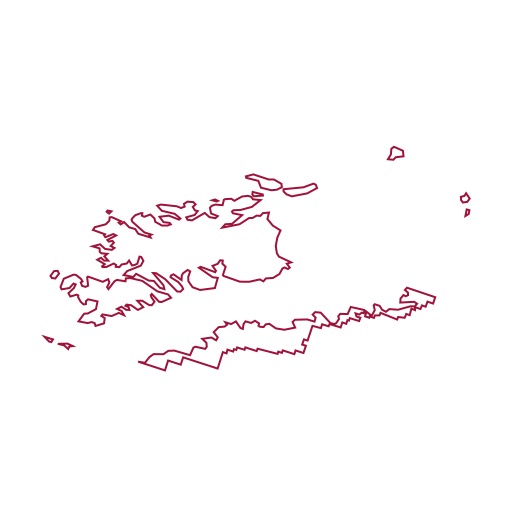 Kodiak Island, Alaska, United States of America (Equal Earth projection), rotated 198°
{"feature_id": "52423323B80008995120080", "entity_name": "Kodiak Island", "entity_type": "district", "adm_level": 2, "iso_a3": "USA", "parent_name": "United States of America", "parent_adm1": "Alaska", "projection": "equal_earth", "projection_center": [-153.82, 57.362], "detail": "fine", "context": "isolated", "style": "outline", "palette": "rose", "viewbox_px": 512, "rotation_deg": 198, "n_neighbors": 0, "source": "geoboundaries", "source_scale": "gbopen_adm2", "svg_char_len": 6149}
<svg xmlns="http://www.w3.org/2000/svg" viewBox="0 0 512 512"><g transform="rotate(198 256 256)"><path d="M221.6,253.5L220.3,255.4L224.3,258.2L220.6,260.8L234.0,262.5L237.0,265.1L240.3,271.6L241.4,280.0L240.6,287.9L249.4,290.1L256.6,294.7L257.1,301.3L262.7,298.9L264.2,295.5L267.9,294.6L270.9,291.2L274.4,289.9L281.5,281.1L296.9,272.5L295.0,276.7L288.7,279.2L281.8,290.6L291.0,289.5L292.6,290.8L291.7,292.5L285.1,294.9L275.1,301.4L268.9,310.6L276.4,309.0L279.0,310.8L282.3,310.7L287.6,308.3L293.7,301.8L297.1,302.8L303.0,300.5L303.9,299.6L303.5,294.0L310.4,292.4L313.7,290.0L314.7,287.6L311.9,282.6L304.7,282.1L306.3,279.4L312.2,278.6L318.1,281.1L327.9,270.1L332.3,269.3L334.3,271.2L327.0,276.1L325.3,280.7L328.2,280.5L331.3,283.2L329.4,286.4L332.2,287.9L338.0,286.5L340.6,283.3L339.1,280.9L342.1,278.5L346.8,278.8L362.4,275.5L365.5,273.3L359.5,269.9L346.3,271.0L339.5,268.3L340.4,266.8L351.4,267.4L359.9,263.5L354.4,259.6L348.4,260.8L346.8,259.8L349.6,257.6L354.9,255.9L362.4,257.4L364.2,260.4L369.3,262.8L374.4,258.8L377.0,259.1L377.3,261.6L378.5,261.3L383.4,257.5L385.2,253.8L385.6,252.1L384.1,250.3L369.3,243.9L362.1,244.0L363.7,242.5L362.0,241.0L374.8,240.8L379.2,244.3L385.5,244.1L391.9,247.5L394.5,244.2L396.9,245.3L395.0,247.3L405.2,248.4L407.1,247.5L406.4,244.2L408.7,239.7L418.2,233.6L419.1,230.4L406.3,230.0L406.9,228.8L405.1,227.3L398.5,232.8L395.4,232.3L402.3,225.3L400.5,224.2L397.2,226.0L395.3,224.8L397.3,220.6L393.1,219.9L395.0,217.3L401.7,216.1L407.9,218.9L414.4,214.7L407.1,214.9L405.9,211.7L403.9,210.8L398.1,212.1L400.1,208.8L395.1,205.9L399.1,204.7L402.8,206.4L405.8,203.4L397.3,201.5L399.2,198.6L398.5,198.0L394.9,199.3L389.0,204.9L386.2,204.2L386.1,202.4L382.5,203.2L381.2,206.4L376.6,208.9L375.3,212.5L371.0,208.7L368.6,210.0L366.5,212.0L366.6,219.4L364.8,219.6L361.6,216.6L362.6,211.2L373.8,201.9L376.0,197.0L366.2,198.1L364.5,202.0L350.4,199.5L345.5,200.7L337.6,196.1L332.9,196.2L335.0,199.6L348.6,208.0L345.7,208.8L335.2,205.9L320.1,197.9L316.8,198.7L315.1,202.1L316.9,204.1L321.8,207.2L330.7,209.4L330.9,211.1L328.8,213.1L319.4,210.2L320.6,214.4L320.1,217.0L316.7,221.6L313.8,221.0L314.0,215.2L312.5,211.1L306.7,206.7L298.7,206.4L285.2,212.8L285.6,223.4L290.6,222.4L306.7,227.2L305.3,228.6L289.8,228.0L289.5,229.5L294.3,233.2L290.1,236.6L288.7,240.9L286.2,241.4L285.6,238.3L281.6,236.4L281.6,227.8L280.7,227.0L263.4,226.6L254.5,229.4L245.1,234.9L241.1,234.2L239.7,237.7L233.0,240.4L228.1,246.2L227.0,252.2L225.4,253.9L221.6,253.5ZM102.6,272.5L103.9,269.7L100.2,268.2L99.3,265.7L101.2,264.0L103.7,264.4L105.4,260.2L104.4,256.3L91.4,261.3L88.1,260.4L89.5,257.0L93.4,256.0L104.3,248.8L112.8,246.7L115.2,243.1L119.6,243.9L123.0,246.8L128.2,246.8L128.8,245.4L126.3,241.2L127.5,234.9L136.4,238.1L150.1,236.8L150.9,229.1L158.0,227.0L159.1,224.1L157.6,221.7L159.1,216.7L160.6,215.5L164.5,215.2L176.9,222.1L182.4,220.9L184.0,217.8L180.2,215.7L180.1,211.7L187.6,211.5L199.3,207.4L200.8,204.5L196.6,200.0L206.3,194.6L214.8,193.3L222.4,195.6L225.7,193.9L226.8,190.8L230.4,189.9L232.1,190.4L232.2,192.8L236.9,194.1L240.0,190.8L245.8,190.6L246.8,187.4L246.0,182.6L248.5,182.7L254.9,187.6L258.6,183.6L264.7,183.5L262.3,181.7L264.0,179.2L269.5,176.8L272.7,170.5L267.2,166.8L267.9,163.5L273.2,164.7L281.5,160.6L276.3,158.1L274.8,154.5L275.6,152.0L285.6,151.0L287.2,149.5L288.1,141.3L304.4,140.8L310.1,138.7L313.7,134.0L323.1,131.0L326.1,127.0L328.6,120.1L335.5,119.1L307.2,119.1L307.3,129.4L294.0,129.4L294.0,137.1L257.7,137.1L257.8,154.3L253.9,154.3L254.2,158.1L248.2,158.1L248.2,160.6L245.7,160.6L245.7,163.2L237.9,163.3L237.9,165.8L226.0,165.8L225.9,168.3L205.2,169.6L205.3,171.9L201.4,171.9L201.4,174.5L189.2,174.5L189.2,178.4L180.9,178.4L180.8,186.1L184.7,186.0L184.6,191.5L180.8,191.5L180.7,207.0L172.0,207.5L172.0,211.5L165.2,211.6L165.0,214.0L153.4,214.2L153.4,219.5L149.2,219.4L149.2,223.3L147.6,223.3L147.6,225.9L137.8,226.0L137.7,229.6L141.7,229.5L143.6,232.2L139.7,232.2L137.8,234.9L135.8,234.8L135.9,236.3L133.7,236.4L133.6,232.3L129.2,232.3L129.2,233.6L124.7,233.6L124.6,236.2L120.2,237.7L120.0,240.4L102.1,239.2L102.0,241.9L95.5,243.2L95.2,247.3L91.6,247.2L91.9,253.9L88.1,253.7L89.1,256.5L83.2,256.4L82.9,260.3L79.0,260.2L78.8,265.6L72.9,265.5L72.8,272.2L102.6,272.5ZM323.9,190.0L327.8,192.3L338.8,191.9L356.5,197.2L368.7,196.2L372.9,194.5L372.3,191.6L380.8,190.3L382.7,188.4L386.1,178.9L388.0,180.4L387.3,185.5L389.4,188.3L393.8,184.1L409.4,184.5L410.0,183.6L406.5,175.9L408.7,173.9L412.2,173.9L414.5,176.7L413.1,178.2L415.2,180.1L421.4,182.4L423.7,181.9L431.8,175.0L432.3,166.1L430.6,164.2L423.5,167.9L421.0,173.4L418.7,173.3L419.3,169.1L422.9,162.7L420.1,160.1L414.6,163.8L412.8,163.6L412.5,161.9L408.6,158.3L405.0,156.7L402.9,157.7L403.8,160.5L402.3,162.9L392.7,163.8L391.8,156.0L398.2,149.4L401.6,148.0L404.6,139.0L395.4,140.2L391.8,142.4L388.7,142.3L387.0,139.9L379.7,145.0L380.7,150.2L384.6,151.2L383.9,153.0L374.7,154.3L368.9,159.5L363.2,158.9L366.9,162.2L371.8,162.7L368.3,166.2L362.8,164.7L359.7,165.6L361.5,168.1L364.7,168.3L364.1,169.8L359.4,170.6L351.7,168.2L347.4,172.5L355.0,176.7L350.5,178.3L342.4,176.3L339.9,177.0L338.4,181.2L342.6,184.3L344.0,186.2L343.4,187.7L334.0,182.5L331.5,183.1L323.9,190.0ZM252.7,329.5L254.1,332.5L262.5,334.3L267.7,332.7L283.7,332.8L290.2,328.6L289.4,327.3L277.0,328.2L272.4,322.5L261.7,323.3L256.6,325.5L252.7,329.5ZM218.9,339.5L221.2,342.3L223.7,342.6L232.1,336.0L250.5,328.0L249.7,325.9L246.1,324.1L240.4,323.8L226.6,331.4L218.9,339.5ZM146.5,396.4L148.8,401.5L158.5,402.5L160.4,399.8L159.1,394.3L160.4,388.8L155.1,390.0L153.6,393.1L146.5,396.4ZM70.5,376.6L75.6,380.6L76.3,377.6L79.4,375.6L78.3,372.7L75.7,370.8L71.8,372.8L70.5,376.6ZM439.9,172.6L437.9,178.4L440.1,180.6L443.4,179.2L445.3,173.5L443.3,172.0L439.9,172.6ZM402.4,113.7L408.3,114.4L417.3,111.2L410.8,111.7L405.9,109.5L405.6,112.2L402.4,113.7ZM268.1,315.6L268.6,316.6L278.9,315.9L278.5,313.5L276.7,312.1L268.1,315.6ZM424.1,110.9L423.3,113.9L432.1,113.8L426.4,110.7L424.1,110.9ZM66.7,361.7L67.2,365.5L70.0,365.4L69.2,358.8L66.7,361.7ZM408.9,250.9L407.3,253.8L411.2,253.4L411.7,251.9L408.9,250.9ZM309.2,296.7L312.4,297.1L314.7,295.5L310.3,295.7L309.2,296.7Z" fill="none" stroke="#9f1239" stroke-width="2"/></g></svg>